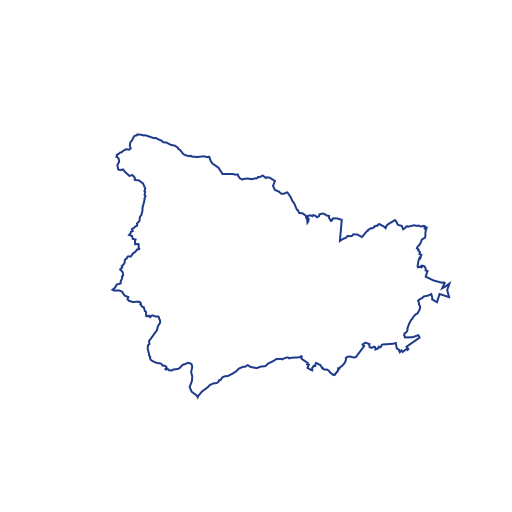 outline of Dobresti, Bihor, Romania, rotated 229°
{"feature_id": "2599482B7847015753026", "entity_name": "Dobresti", "entity_type": "district", "adm_level": 2, "iso_a3": "ROU", "parent_name": "Romania", "parent_adm1": "Bihor", "projection": "orthographic", "projection_center": [22.295, 46.866], "detail": "fine", "context": "isolated", "style": "outline", "palette": "blue", "viewbox_px": 512, "rotation_deg": 229, "n_neighbors": 0, "source": "geoboundaries", "source_scale": "gbopen_adm2", "svg_char_len": 6146}
<svg xmlns="http://www.w3.org/2000/svg" viewBox="0 0 512 512"><g transform="rotate(229 256 256)"><path d="M308.3,315.8L308.3,314.7L312.3,313.9L313.2,310.3L314.2,309.5L314.1,307.7L314.5,306.9L315.5,305.9L316.5,303.5L319.9,300.5L321.7,298.2L322.8,295.7L325.2,294.8L327.6,295.0L329.4,295.8L330.9,293.8L333.1,292.3L339.9,284.5L347.4,285.6L354.3,283.8L357.3,284.1L361.6,285.8L362.8,283.8L365.1,282.4L366.3,280.9L369.9,275.7L371.4,274.7L372.8,272.9L374.0,272.8L375.1,271.6L375.0,271.1L378.7,268.7L380.7,268.0L385.6,268.3L387.8,267.6L388.9,268.1L392.4,267.2L396.0,264.5L400.5,262.8L402.6,260.6L405.1,260.4L408.7,258.5L410.8,257.9L412.0,256.2L419.6,251.8L420.7,250.3L423.2,248.6L425.6,246.2L425.2,245.2L426.0,244.0L426.3,242.4L424.4,237.7L424.4,236.3L423.7,235.0L421.7,232.9L419.4,232.0L419.4,230.4L419.8,229.7L421.7,228.2L422.0,227.3L422.6,224.3L422.4,222.6L423.2,221.4L423.2,218.8L423.7,217.4L422.8,216.8L422.4,215.7L420.2,216.4L417.7,215.2L416.9,214.4L415.5,211.0L411.9,208.9L411.1,209.0L409.1,211.0L408.8,212.3L408.1,212.6L406.7,212.2L399.5,213.0L398.2,215.8L394.9,215.9L394.3,215.8L393.3,214.5L392.7,214.6L389.8,217.3L384.7,218.3L379.5,216.6L378.3,214.5L377.3,214.5L375.1,211.9L373.7,211.9L372.5,209.4L371.6,208.9L367.0,202.2L364.7,200.0L362.2,196.6L361.7,194.1L358.9,191.0L358.6,187.4L357.4,186.8L356.9,185.9L357.5,184.2L357.3,182.4L357.7,180.0L355.7,179.3L356.3,177.5L355.4,176.3L355.1,174.0L352.4,175.6L349.7,174.2L347.5,175.9L346.8,174.7L344.2,172.5L342.2,175.1L340.9,174.4L339.2,172.7L338.2,172.8L337.9,172.3L339.0,170.2L338.6,169.6L338.3,166.8L338.7,165.5L337.8,161.0L339.6,159.3L339.7,158.5L338.9,156.6L339.2,155.2L338.9,154.3L336.8,152.0L336.3,147.9L335.3,147.7L335.0,147.1L335.0,144.7L331.5,144.8L328.6,143.2L328.5,141.5L327.6,141.2L326.5,139.3L326.0,137.7L324.1,135.8L325.9,132.1L325.1,130.4L324.5,127.6L324.7,125.6L323.0,126.2L319.8,130.1L317.1,131.5L312.3,130.9L308.7,132.7L307.8,130.7L305.8,130.6L301.7,133.1L299.7,136.2L298.2,137.3L297.8,138.1L296.0,138.1L295.2,137.6L295.3,137.1L293.0,136.8L291.6,137.1L291.0,137.7L287.3,136.0L286.2,136.4L282.6,133.7L281.8,134.5L281.1,136.1L280.2,135.7L279.1,136.2L279.6,137.7L279.1,138.9L275.8,140.8L274.7,142.4L273.5,142.6L272.5,141.8L270.6,141.5L268.6,140.0L267.4,136.1L265.0,132.5L261.9,119.3L259.4,117.8L259.5,116.0L257.2,113.5L251.9,110.8L251.0,110.0L249.3,110.0L248.2,108.8L246.1,108.5L242.3,109.9L239.2,111.8L238.2,113.0L236.6,113.8L234.5,113.6L233.1,115.2L231.0,115.6L230.2,114.2L230.1,113.4L229.8,113.3L229.2,113.9L228.8,115.3L226.7,115.4L225.1,117.1L224.6,117.9L224.7,118.8L221.9,123.2L221.5,125.5L222.0,127.7L221.8,130.1L221.0,131.1L220.2,134.3L218.1,136.0L216.5,136.4L214.0,135.0L211.0,130.9L206.8,128.8L203.7,125.6L200.6,119.9L195.7,118.4L189.8,119.7L187.6,119.3L188.3,120.7L189.2,126.5L188.6,133.0L188.9,136.6L187.8,140.2L186.2,142.5L185.7,143.9L185.7,145.1L186.4,146.8L185.9,147.1L185.8,148.7L186.5,150.9L185.7,153.5L183.9,156.0L182.6,161.1L182.0,165.3L182.2,169.5L180.8,173.6L179.5,175.2L179.3,177.6L178.9,178.2L175.8,179.1L170.9,183.0L169.3,187.3L167.0,190.3L166.6,192.0L167.0,194.2L165.4,199.9L164.8,204.2L163.6,205.1L162.4,207.0L160.6,208.2L160.6,209.3L159.3,212.5L158.1,213.8L157.1,213.8L155.8,216.2L150.8,222.6L150.5,223.2L150.9,224.0L150.5,224.6L148.3,223.0L141.2,224.9L140.6,223.5L139.3,224.5L137.8,221.5L133.8,222.8L132.8,223.4L134.7,225.0L135.2,227.4L134.3,227.9L134.1,228.6L135.1,229.4L135.9,231.2L131.4,233.0L128.0,232.4L127.8,232.9L126.6,232.6L125.3,233.3L123.6,235.1L121.8,235.7L119.6,235.5L115.4,236.3L115.2,237.3L114.6,237.5L115.2,239.0L115.0,239.4L115.3,241.2L115.6,241.2L115.7,242.7L116.9,243.9L116.3,244.0L116.2,244.8L116.9,245.1L116.6,249.0L117.0,252.1L117.6,253.9L118.8,256.0L120.0,256.8L120.0,259.0L118.5,260.9L115.0,263.4L114.2,265.2L117.1,278.6L119.1,278.2L119.3,279.1L118.7,281.8L115.0,283.8L114.5,283.0L112.7,282.0L112.0,282.2L110.7,283.2L110.3,285.1L109.6,286.0L108.6,286.0L107.1,284.8L106.2,287.3L107.0,289.1L105.7,289.5L105.5,291.1L106.4,292.3L106.2,293.4L99.7,302.1L98.6,304.4L93.9,301.6L91.2,302.4L90.8,301.9L89.0,301.4L89.3,303.9L87.4,303.7L87.1,308.7L85.7,308.7L85.8,309.9L88.8,310.1L87.1,325.9L89.7,326.6L92.1,320.7L96.8,315.0L97.5,315.6L98.9,315.6L100.1,317.5L99.9,319.2L100.2,320.8L101.3,322.4L102.0,322.7L104.6,327.5L105.9,331.0L106.1,332.8L106.9,335.0L107.2,338.4L106.7,339.6L107.3,342.1L108.9,345.6L110.4,346.8L112.7,347.3L114.1,348.5L116.0,349.0L115.8,351.6L115.2,354.2L115.4,356.0L113.1,360.2L112.3,363.3L109.1,361.8L107.6,360.5L102.4,362.3L106.9,369.6L98.3,374.7L104.9,378.0L108.3,383.9L108.8,378.3L109.5,375.3L111.9,380.8L112.8,380.5L113.7,378.9L121.1,373.9L129.1,370.5L132.2,375.6L133.7,374.5L135.1,375.8L137.1,376.3L138.2,376.1L139.6,375.2L140.1,374.4L138.8,373.7L138.9,373.3L140.3,372.7L141.1,370.9L142.0,371.0L145.8,375.4L147.4,378.3L146.5,378.5L148.5,381.6L150.2,380.6L151.3,382.3L153.6,382.0L154.2,383.0L156.2,382.4L156.8,383.4L157.4,387.6L159.6,392.2L159.0,395.4L159.6,396.6L162.3,399.0L164.4,401.5L165.0,401.5L164.6,402.1L165.3,402.6L165.5,403.5L166.6,402.8L166.1,401.6L166.4,401.4L168.1,402.9L169.1,401.9L169.9,400.0L170.8,399.2L172.1,398.9L173.5,396.8L175.3,395.7L178.4,390.0L179.4,389.6L179.6,388.0L179.3,387.0L179.7,384.6L183.1,385.8L185.9,383.8L187.9,383.7L189.0,384.3L191.9,384.5L193.3,376.6L193.3,374.6L192.0,372.1L194.1,371.9L199.3,370.0L199.5,368.9L199.2,368.1L199.3,367.2L200.0,366.7L200.1,365.8L200.6,365.0L200.6,364.3L200.2,363.9L200.8,361.5L201.6,361.0L202.1,357.1L201.7,356.9L201.9,355.4L200.8,348.4L205.8,346.5L208.5,343.7L208.2,342.0L208.5,340.9L211.1,338.2L210.7,336.3L212.0,331.8L212.3,329.2L227.0,344.4L231.1,341.9L233.9,338.8L233.8,338.0L233.0,336.8L233.4,335.5L237.1,336.3L238.3,337.4L240.4,335.7L242.6,335.3L244.2,334.3L245.8,331.3L244.8,329.8L245.1,327.5L247.4,327.2L249.3,326.1L249.0,324.7L250.3,324.2L251.5,323.1L252.1,321.5L252.1,320.8L251.7,320.3L249.3,320.0L247.7,317.9L247.4,316.7L249.5,318.3L252.5,319.2L253.7,320.1L257.8,319.1L260.1,316.8L263.0,317.7L263.5,317.3L265.4,317.6L270.3,319.3L273.4,319.5L277.7,320.8L283.0,321.4L283.7,321.2L284.9,317.6L285.8,316.5L286.9,315.8L289.7,315.5L293.5,313.6L297.7,314.8L300.2,319.5L306.3,317.6L308.3,315.8Z" fill="none" stroke="#1e3a8a" stroke-width="2"/></g></svg>